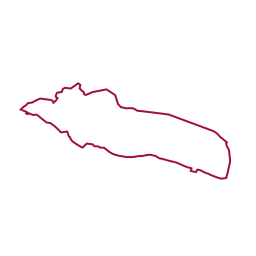 Maiha, Adamawa, Nigeria (Natural Earth projection), rotated 286°
{"feature_id": "59680162B24409102010221", "entity_name": "Maiha", "entity_type": "district", "adm_level": 2, "iso_a3": "NGA", "parent_name": "Nigeria", "parent_adm1": "Adamawa", "projection": "natural_earth1", "projection_center": [13.146, 9.868], "detail": "fine", "context": "isolated", "style": "outline", "palette": "rose", "viewbox_px": 256, "rotation_deg": 286, "n_neighbors": 0, "source": "geoboundaries", "source_scale": "gbopen_adm2", "svg_char_len": 1872}
<svg xmlns="http://www.w3.org/2000/svg" viewBox="0 0 256 256"><g transform="rotate(286 128 128)"><path d="M116.2,19.8L115.8,23.5L115.5,26.1L115.1,27.0L114.0,26.2L113.6,27.6L114.8,28.8L114.5,31.3L114.4,33.6L115.2,35.0L115.6,36.7L114.9,38.5L114.2,40.2L113.2,42.4L110.9,48.2L111.3,52.0L111.1,52.6L109.6,56.8L107.7,60.6L105.3,64.9L107.8,70.5L105.9,72.0L103.8,73.2L102.9,75.2L101.7,75.6L100.8,77.0L99.8,78.3L98.6,81.8L98.2,83.3L97.7,84.9L97.6,85.4L96.8,88.0L96.8,89.8L101.7,92.7L102.5,98.5L101.2,100.9L102.1,104.6L101.5,106.6L102.4,110.5L99.8,116.7L99.4,118.6L98.8,120.8L98.8,122.1L98.8,126.9L99.7,134.9L100.0,135.7L100.9,139.1L102.1,142.2L103.9,146.0L105.4,150.2L106.9,153.0L108.4,156.5L108.7,162.4L107.5,166.5L107.8,169.7L107.8,176.3L108.1,182.2L108.1,184.8L107.2,190.8L106.6,195.7L106.8,198.1L106.7,200.2L104.1,200.1L104.1,202.5L104.4,205.5L107.1,206.1L107.4,208.6L107.1,210.6L106.5,213.4L106.2,215.8L106.2,216.9L106.2,217.9L105.9,218.8L105.4,222.9L105.2,225.6L104.9,229.0L105.1,231.9L107.0,236.2L109.6,236.2L116.1,235.9L117.5,235.8L122.1,235.6L123.8,235.4L126.6,234.5L129.8,233.1L133.2,231.8L134.2,231.2L135.5,230.4L137.3,228.6L137.9,227.9L140.6,226.4L141.5,226.9L144.4,220.3L144.6,219.3L146.9,215.9L148.0,213.0L148.5,211.3L150.2,189.9L150.5,184.9L152.2,163.4L149.9,148.6L148.1,137.4L147.2,132.2L148.0,129.2L148.3,126.7L146.3,120.3L146.4,118.2L146.2,117.1L145.9,116.0L146.7,114.6L147.2,113.6L147.4,113.1L148.6,111.5L153.9,108.1L156.1,106.6L159.2,96.7L152.9,84.3L148.1,78.3L148.4,76.5L150.3,75.5L151.5,72.5L152.7,70.7L154.0,70.4L156.2,70.3L156.7,69.2L157.2,67.8L150.1,62.0L150.0,61.1L149.3,56.4L147.6,54.6L144.4,54.4L142.3,50.1L139.7,49.6L138.0,50.0L137.4,52.0L134.5,51.2L131.7,49.3L132.6,48.6L133.3,48.1L133.7,46.4L132.5,38.1L132.1,35.5L129.4,32.2L126.1,28.9L124.3,25.0L121.7,23.6L120.0,22.1L119.0,21.4L116.2,19.8Z" fill="none" stroke="#9f1239" stroke-width="2"/></g></svg>